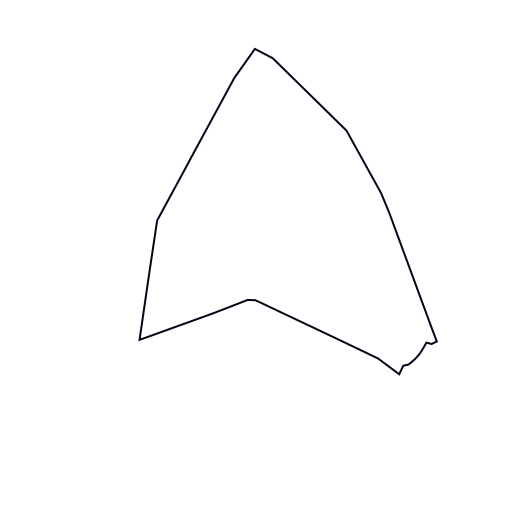 São Pedro, Rio Grande do Norte, Brazil (orthographic projection), rotated 148°
{"feature_id": "56859067B47368884593899", "entity_name": "São Pedro", "entity_type": "district", "adm_level": 2, "iso_a3": "BRA", "parent_name": "Brazil", "parent_adm1": "Rio Grande do Norte", "projection": "orthographic", "projection_center": [-35.632, -5.887], "detail": "fine", "context": "isolated", "style": "outline", "palette": "ink", "viewbox_px": 512, "rotation_deg": 148, "n_neighbors": 0, "source": "geoboundaries", "source_scale": "gbopen_adm2", "svg_char_len": 505}
<svg xmlns="http://www.w3.org/2000/svg" viewBox="0 0 512 512"><g transform="rotate(148 256 256)"><path d="M321.0,338.5L325.2,333.6L355.8,297.8L399.2,246.6L322.1,230.0L286.5,223.2L280.0,218.9L228.5,138.6L206.8,104.4L197.2,79.8L189.3,84.9L184.0,83.1L176.3,84.2L169.8,86.0L165.0,88.2L157.4,92.2L153.7,88.3L148.0,87.7L144.6,104.5L120.2,221.6L116.6,242.9L114.8,276.7L112.8,314.3L137.0,414.8L147.2,432.2L180.0,418.5L259.8,373.3L268.3,368.4L321.0,338.5Z" fill="none" stroke="#020617" stroke-width="2"/></g></svg>